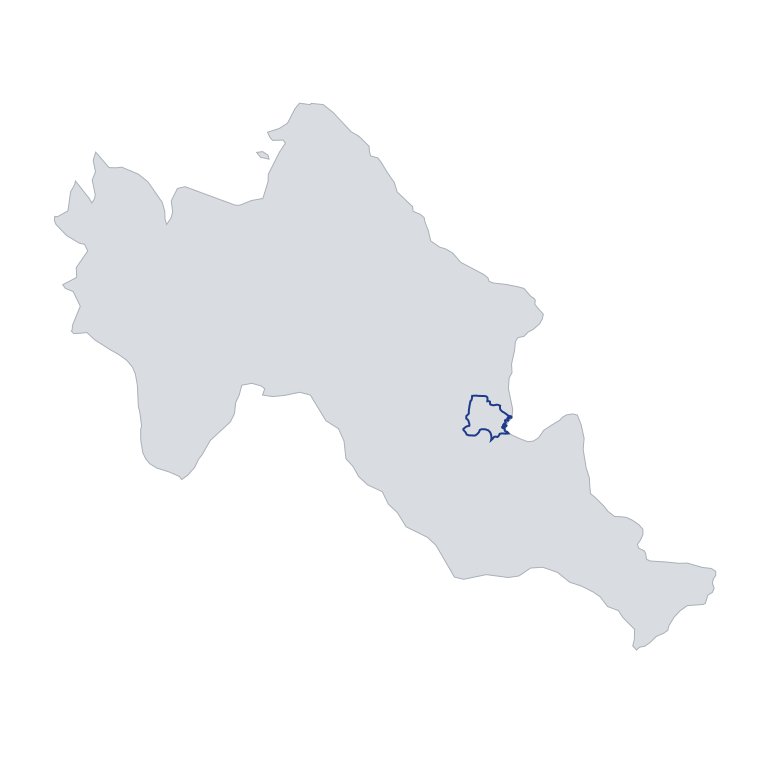 Samsu, Ryanggang, North Korea (highlighted), rotated 85°
{"feature_id": "82179303B33326321250637", "entity_name": "Samsu", "entity_type": "district", "adm_level": 2, "iso_a3": "PRK", "parent_name": "North Korea", "parent_adm1": "Ryanggang", "projection": "mercator", "projection_center": [128.058, 41.242], "detail": "fine", "context": "in_parent", "style": "outline", "palette": "blue", "viewbox_px": 768, "rotation_deg": 85, "n_neighbors": 0, "source": "geoboundaries", "source_scale": "gbopen_adm2", "svg_char_len": 6681}
<svg xmlns="http://www.w3.org/2000/svg" viewBox="0 0 768 768"><g transform="rotate(85 384 384)"><path d="M461.6,593.9L458.4,595.7L453.0,605.4L447.9,617.8L442.9,624.4L437.3,628.1L431.2,630.3L419.1,631.2L408.2,630.4L404.6,629.1L389.6,629.8L385.3,630.7L363.7,629.8L352.4,630.8L345.3,633.1L338.0,638.2L331.6,645.6L326.1,653.6L314.8,668.3L306.9,675.4L306.9,685.6L306.7,688.7L303.9,690.9L302.9,689.9L298.4,689.2L280.0,679.8L264.9,685.5L261.1,693.0L257.1,695.4L251.0,680.8L241.2,680.4L225.6,667.5L218.8,670.1L217.1,675.3L208.6,687.1L196.6,696.8L192.7,698.1L188.3,697.4L188.9,694.7L184.0,683.8L165.1,679.4L158.3,674.7L154.9,673.7L173.4,661.5L178.2,659.3L174.6,656.5L170.6,655.1L155.4,656.9L147.5,652.9L135.9,654.2L127.9,651.0L144.5,639.0L145.3,631.9L145.1,626.5L153.5,610.5L162.0,601.6L183.9,589.0L193.5,587.3L200.4,587.8L206.1,586.6L200.2,581.8L194.3,579.5L183.0,580.0L171.2,572.7L170.1,565.0L193.0,516.4L193.3,512.0L189.7,500.1L188.6,488.5L172.2,481.8L165.0,481.0L143.9,467.9L135.5,461.2L132.2,463.2L131.6,473.7L128.6,476.0L123.1,478.1L120.3,466.1L115.8,457.4L101.9,448.6L96.9,443.7L99.3,433.1L98.1,432.2L100.3,420.3L108.9,411.2L129.8,394.8L135.2,387.2L145.9,378.1L150.7,378.3L155.6,377.5L157.1,373.6L158.2,370.5L162.5,367.7L172.7,362.7L184.4,356.1L193.7,354.2L205.0,344.4L209.7,340.0L214.3,340.0L215.6,338.0L218.2,332.9L221.9,329.5L226.9,328.9L235.1,326.5L245.5,325.0L252.5,316.6L254.9,310.7L259.6,304.1L269.5,297.0L276.3,286.4L283.8,274.9L287.4,271.2L290.9,270.4L293.0,266.1L295.4,253.8L298.9,241.9L301.0,236.2L309.6,230.0L311.9,227.0L313.8,226.0L317.8,226.8L323.2,223.2L328.3,219.2L333.0,220.6L337.7,223.9L342.6,230.6L344.8,235.9L348.7,240.3L349.5,246.7L353.4,249.5L361.6,250.9L375.2,255.2L383.9,255.5L388.9,258.8L399.4,260.5L420.3,258.0L428.9,259.5L432.4,263.5L437.7,266.7L441.2,266.8L445.8,261.4L450.8,252.5L454.0,245.7L453.9,240.3L451.0,234.5L444.1,229.0L439.6,220.7L435.3,212.0L432.7,209.2L430.7,204.9L430.3,198.5L431.8,194.1L442.2,191.1L455.6,189.4L466.4,191.3L484.5,190.0L495.5,187.6L503.8,187.9L511.3,187.9L514.7,184.2L525.3,175.2L530.4,172.0L536.0,165.9L536.9,159.5L538.0,154.3L541.1,148.8L546.7,142.0L551.4,138.8L556.6,139.2L562.2,142.4L565.7,145.5L569.7,144.6L573.0,139.2L575.2,138.2L581.5,137.7L583.5,134.4L585.9,118.6L588.3,106.1L588.9,97.3L594.5,82.8L596.3,74.0L599.6,69.9L603.5,70.2L606.8,72.8L610.9,74.3L616.3,72.9L620.2,75.1L622.6,79.8L630.6,83.1L631.4,85.4L631.2,101.2L635.6,108.6L641.5,115.3L649.7,121.3L654.0,122.7L656.6,127.0L659.1,134.5L664.8,141.7L667.9,147.0L668.5,152.5L671.1,155.6L666.5,159.0L660.4,156.9L650.3,155.7L637.4,166.4L630.2,170.2L625.2,180.7L615.0,187.0L609.5,193.6L602.4,205.1L597.7,216.2L586.8,227.6L580.4,241.8L580.1,254.0L587.0,266.4L587.6,277.0L582.8,298.7L585.5,321.7L582.5,330.6L549.2,346.3L540.5,354.1L528.2,374.4L513.3,381.9L504.0,390.2L491.2,395.0L483.0,409.2L474.0,417.3L463.3,422.1L455.3,428.4L437.3,428.8L424.6,433.2L415.6,445.0L388.5,458.4L384.9,468.6L386.7,484.2L386.8,496.2L384.4,506.0L378.5,503.2L375.3,506.4L371.8,515.5L372.8,525.8L382.1,529.1L389.7,533.4L400.4,535.5L408.3,540.3L425.1,562.0L438.8,571.5L442.4,575.0L450.3,579.7L457.5,587.2L461.6,593.9ZM147.3,487.3L142.2,490.7L141.9,484.7L145.9,479.6L150.0,478.9L147.3,487.3Z" fill="#d9dde1" stroke="#a8b0b8" stroke-width="1"/><path d="M444.1,264.2L443.9,264.3L443.7,264.5L443.4,264.7L443.1,264.9L442.9,265.0L442.7,265.1L442.5,265.3L442.4,265.4L442.3,265.6L442.3,265.8L442.3,266.0L442.2,266.2L442.2,266.3L442.0,266.6L441.9,266.7L441.9,266.8L441.8,267.0L441.7,267.2L441.4,267.5L441.2,267.6L440.9,267.7L440.5,267.7L440.4,267.8L440.2,267.9L439.8,267.8L439.6,267.7L439.4,267.8L439.1,267.9L438.9,267.9L438.7,267.9L438.6,268.0L438.4,268.3L438.4,268.5L438.5,268.8L438.5,269.0L438.4,269.2L438.3,269.4L438.2,269.5L438.0,269.8L437.9,269.9L437.8,270.0L437.7,270.0L437.4,270.1L437.2,270.1L437.1,269.9L437.0,269.7L436.9,269.6L436.8,269.4L436.7,269.3L436.6,269.2L436.4,269.1L436.2,269.0L435.9,269.0L435.6,269.0L435.5,268.9L435.4,268.9L435.4,268.7L435.5,268.4L435.6,268.1L435.7,267.9L435.8,267.9L436.0,267.7L436.5,267.5L436.8,267.5L436.9,267.4L437.0,267.4L437.1,267.2L437.1,266.9L437.0,266.7L437.0,266.4L436.9,266.2L436.7,266.0L436.5,265.9L436.4,265.8L436.3,266.0L436.5,266.2L436.5,266.3L436.5,266.5L436.4,266.6L436.1,266.6L435.9,266.5L435.6,266.4L435.4,266.3L435.2,266.3L434.9,266.5L434.7,266.7L434.7,266.8L434.6,267.0L434.7,267.3L434.8,267.4L434.8,267.5L435.0,267.7L435.0,267.8L435.0,268.0L434.9,268.1L434.7,268.2L434.4,268.2L434.2,268.1L434.0,267.9L433.9,267.8L433.9,267.7L433.8,267.4L433.8,267.2L433.8,266.9L433.9,266.7L433.7,266.4L433.4,266.2L433.1,266.1L432.9,266.1L432.7,266.0L432.3,266.1L432.1,266.2L432.1,266.3L432.0,266.5L431.9,266.6L431.6,266.6L431.4,266.7L431.2,266.7L430.8,266.5L430.7,266.5L430.5,266.3L430.6,266.2L430.8,266.1L431.0,266.0L431.0,265.9L431.1,265.7L431.0,265.4L430.9,265.3L430.9,265.1L430.8,264.9L430.9,264.7L431.0,264.5L431.1,264.3L431.2,264.2L431.3,264.0L431.4,263.9L431.3,263.7L431.2,263.5L431.1,263.4L430.9,263.3L430.8,263.2L430.6,263.1L430.4,263.1L430.3,263.3L430.3,263.5L430.2,263.7L430.1,263.8L429.9,264.0L429.7,264.2L429.5,264.3L429.4,264.3L429.2,264.3L429.1,264.2L428.9,264.1L428.7,263.9L428.8,263.8L428.8,263.7L428.7,263.6L428.7,263.4L428.7,263.2L428.7,262.9L428.9,262.6L428.9,262.3L428.7,262.3L428.1,262.4L427.8,262.4L427.7,262.4L427.4,262.1L427.4,261.9L427.5,261.7L427.8,261.4L428.1,261.3L428.2,261.2L428.3,261.2L428.7,260.5L428.7,260.4L428.7,260.1L428.3,259.9L428.2,259.9L427.9,259.9L427.7,260.0L427.4,260.2L427.4,260.3L427.2,260.6L427.0,261.2L427.0,261.3L426.9,261.4L426.9,261.5L426.8,261.8L426.8,262.0L426.7,262.1L426.7,262.4L426.6,262.5L426.6,262.8L426.5,263.0L426.4,263.3L426.1,263.4L426.1,263.5L425.8,263.6L425.7,263.6L424.3,265.2L423.1,266.6L422.2,267.9L421.6,268.8L419.8,270.2L419.2,270.5L416.9,270.5L415.7,270.2L414.8,272.1L414.4,273.7L414.7,275.7L414.7,277.3L414.1,279.0L413.5,280.0L410.8,280.0L410.2,281.3L410.2,282.6L408.4,282.2L406.4,282.2L405.2,283.2L404.6,285.8L404.5,287.8L404.2,289.4L404.2,290.4L403.9,292.0L403.6,293.0L403.5,297.2L406.1,297.7L407.9,298.4L408.4,298.9L408.7,299.5L410.3,299.8L412.4,300.5L417.7,301.8L420.9,302.1L421.8,303.1L423.0,304.7L424.2,305.0L425.7,305.0L426.8,303.7L428.0,303.1L431.6,302.4L433.1,302.7L433.1,303.4L433.3,304.7L433.9,306.3L435.7,308.9L436.6,308.9L439.2,307.0L440.1,306.6L441.6,306.0L442.5,304.0L442.8,302.1L442.9,300.8L443.2,299.2L443.2,297.5L442.3,295.9L440.3,293.6L438.2,292.6L437.6,291.0L437.7,289.1L438.0,286.8L438.9,285.1L439.2,284.2L441.3,282.5L443.1,281.9L445.4,281.6L446.9,281.6L448.4,281.9L449.3,282.2L448.1,280.6L446.3,278.9L446.1,277.3L446.7,275.7L446.1,274.7L444.9,273.7L443.7,273.1L443.5,270.8L444.1,266.9L444.1,265.2L444.1,264.2Z" fill="none" stroke="#1e3a8a" stroke-width="2"/></g></svg>